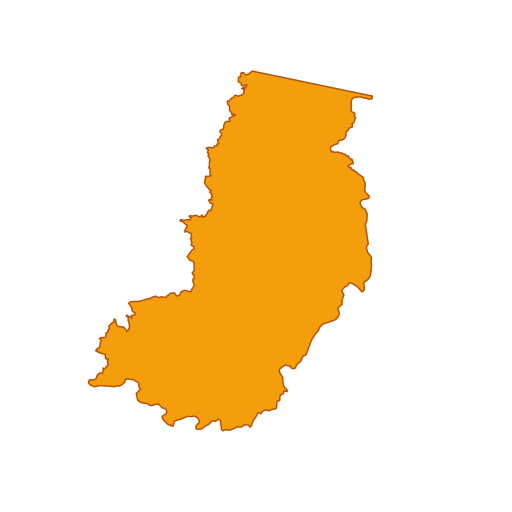 the district of Yavaraté (Cor. Departamental), Vaupés, Colombia, rotated 122°
{"feature_id": "7082276B57930571389360", "entity_name": "Yavaraté (Cor. Departamental)", "entity_type": "district", "adm_level": 2, "iso_a3": "COL", "parent_name": "Colombia", "parent_adm1": "Vaupés", "projection": "mercator", "projection_center": [-69.777, 0.831], "detail": "fine", "context": "isolated", "style": "filled", "palette": "amber", "viewbox_px": 512, "rotation_deg": 122, "n_neighbors": 0, "source": "geoboundaries", "source_scale": "gbopen_adm2", "svg_char_len": 6149}
<svg xmlns="http://www.w3.org/2000/svg" viewBox="0 0 512 512"><g transform="rotate(122 256 256)"><path d="M101.2,357.2L106.0,358.9L107.9,361.0L107.2,363.4L108.1,365.5L110.7,365.1L112.4,364.0L113.8,365.6L117.6,363.2L117.3,359.8L118.9,359.0L119.1,358.5L118.1,356.6L115.8,355.4L115.7,354.4L117.9,353.9L120.0,356.2L121.4,356.7L121.3,355.2L120.2,355.1L120.3,353.6L122.0,354.1L124.0,352.7L127.3,353.4L127.9,354.5L129.6,355.3L130.8,359.0L132.7,359.0L136.2,360.9L138.3,360.7L139.7,362.2L140.5,362.2L142.7,359.6L142.7,358.0L146.5,355.6L147.7,352.1L148.6,351.8L147.4,349.9L147.3,348.7L147.8,348.1L149.7,350.3L150.6,350.1L152.9,351.7L154.1,351.2L154.9,349.8L156.0,349.8L157.0,351.8L158.9,353.1L161.7,352.7L165.7,350.9L167.8,352.7L169.3,352.8L169.8,352.5L170.3,350.3L172.3,349.1L173.3,349.7L175.5,349.2L177.7,350.1L178.9,349.5L179.7,347.7L181.1,347.4L181.5,348.3L183.3,347.6L184.9,349.6L186.2,349.2L187.3,349.9L188.5,353.2L190.3,355.0L191.1,355.1L191.2,352.7L194.0,352.1L194.2,350.4L196.6,349.8L196.8,348.2L197.6,347.9L198.8,345.8L200.8,345.4L204.5,343.1L206.4,342.8L206.4,341.3L210.8,338.5L211.7,336.8L214.4,339.3L214.6,340.6L215.5,341.0L216.5,339.8L218.5,339.8L219.8,338.8L221.2,338.6L223.5,333.8L223.5,332.6L224.3,331.3L224.3,328.7L225.4,329.2L226.4,329.0L226.7,326.6L227.5,326.6L228.9,324.5L230.8,324.7L232.0,323.3L232.6,324.8L233.7,325.8L235.2,323.5L235.0,319.9L241.4,318.4L242.2,320.1L243.0,319.9L244.1,320.5L245.6,319.7L247.2,320.2L249.6,320.0L250.1,321.5L251.5,321.9L250.0,323.5L252.0,324.1L253.1,325.5L253.2,328.3L254.4,329.9L255.5,330.4L256.8,333.2L257.4,333.7L258.1,333.4L257.9,331.7L258.5,330.9L260.6,331.2L261.8,333.8L263.7,335.7L265.1,339.1L265.9,339.3L266.5,338.8L265.7,337.0L266.4,332.7L266.1,331.1L267.5,330.2L272.1,329.9L273.2,329.1L271.7,327.3L271.7,324.6L271.2,322.8L273.6,321.4L274.4,320.2L275.9,320.8L278.2,318.0L280.2,316.7L281.1,317.1L281.1,313.7L282.7,312.2L284.6,313.4L293.0,314.0L294.6,309.8L294.0,307.4L294.2,305.3L300.9,300.7L304.1,301.2L305.0,300.0L305.3,298.2L306.8,297.0L308.2,296.6L308.9,297.2L310.7,296.3L313.9,292.6L318.2,292.9L320.4,292.3L322.1,294.5L321.9,296.1L323.4,298.9L326.6,300.5L329.2,300.0L331.8,301.4L331.5,304.0L330.5,305.2L331.2,306.7L332.9,308.7L335.8,309.5L337.0,310.4L338.5,310.4L339.3,311.2L340.9,315.0L342.2,315.5L343.2,318.1L343.2,319.9L346.0,322.2L348.4,323.5L350.1,325.6L354.7,329.4L357.2,332.2L360.8,337.7L362.6,338.9L363.9,338.7L364.0,337.1L365.0,336.1L365.5,334.4L368.4,331.4L368.5,328.5L369.0,327.8L370.6,327.9L372.6,330.2L374.2,328.7L374.8,331.3L374.5,333.8L375.5,334.3L376.0,331.8L378.6,330.1L380.8,327.4L383.5,325.5L386.3,325.1L388.3,325.6L386.5,329.9L386.7,331.7L388.2,334.0L388.7,336.6L387.4,338.8L384.6,341.3L384.4,342.5L384.9,342.8L388.2,341.8L389.7,342.8L393.6,343.6L394.9,341.8L397.4,342.2L398.0,341.5L399.5,341.3L400.5,342.4L404.2,340.6L405.1,340.9L407.4,344.3L409.1,344.8L408.8,343.1L409.3,342.5L411.3,342.4L415.9,340.4L416.7,340.3L419.0,341.6L421.0,341.8L421.3,341.1L420.5,340.3L421.1,339.9L421.4,338.6L420.6,337.9L420.9,337.2L419.4,331.9L422.6,329.2L422.6,327.5L421.7,327.2L421.7,326.6L424.0,326.4L424.7,325.3L427.4,323.6L428.8,324.3L430.9,324.3L431.8,325.0L432.2,326.2L433.7,325.1L436.8,324.0L438.0,326.5L441.1,327.5L444.0,326.7L445.9,327.1L447.5,328.3L448.7,331.1L449.8,331.6L451.4,331.4L452.6,330.3L453.2,328.1L452.4,323.7L448.3,319.3L441.8,306.7L439.9,305.3L438.8,303.0L436.8,301.8L432.8,300.4L430.0,301.4L429.4,300.4L428.3,300.1L425.7,293.6L425.8,288.3L429.3,285.7L430.3,283.3L435.9,284.7L441.0,280.0L441.2,275.7L440.0,272.3L438.7,270.6L439.0,268.6L438.5,265.7L436.5,263.7L435.3,263.2L433.3,260.1L434.4,255.2L433.5,251.4L434.3,249.9L436.4,248.8L437.6,248.9L441.6,250.5L443.6,249.1L445.6,241.5L444.8,239.3L445.2,238.7L444.4,237.8L444.5,236.4L443.9,236.1L440.3,237.5L438.4,237.1L433.6,232.8L428.2,229.1L426.5,225.6L424.5,223.8L424.1,220.0L425.6,217.1L427.7,215.9L431.0,216.8L432.6,216.7L434.0,215.4L434.1,213.9L431.4,210.4L427.5,209.1L423.0,206.6L420.3,206.3L418.7,205.4L417.7,202.7L414.3,201.5L414.3,199.1L421.4,193.3L421.8,191.5L419.4,189.9L418.6,187.4L416.8,185.3L411.1,181.3L408.3,177.4L406.0,176.7L404.8,175.6L403.5,173.2L404.2,170.3L402.5,169.9L397.2,171.2L393.0,170.8L387.6,171.2L387.2,168.5L383.6,167.8L381.6,166.2L380.9,165.3L380.5,163.1L378.0,161.5L375.0,158.2L373.2,158.5L368.7,160.9L367.4,160.9L366.6,159.7L365.7,159.4L363.4,160.9L361.3,161.5L359.6,161.0L358.2,159.8L355.8,161.0L354.6,158.0L353.8,157.8L353.1,158.7L351.9,163.3L347.4,167.5L344.9,168.9L342.3,174.1L340.7,175.7L339.5,176.0L335.4,174.7L332.9,173.2L331.4,168.7L332.2,166.9L332.0,164.9L331.4,164.0L330.2,163.4L325.8,163.8L321.7,162.3L316.2,163.1L314.1,161.6L312.5,161.3L298.8,164.3L292.0,164.4L286.2,163.6L283.3,164.3L278.3,163.3L269.0,155.6L266.5,154.4L264.0,154.2L261.4,154.6L260.2,155.3L257.1,158.7L255.7,159.1L255.2,158.5L251.3,157.5L247.5,159.8L242.5,160.8L240.1,164.8L238.2,165.0L235.3,164.4L232.7,162.7L229.0,162.6L228.4,161.1L228.2,154.3L230.2,147.2L229.7,146.6L227.3,146.4L225.8,147.1L221.7,150.4L220.1,150.2L217.0,148.7L213.3,148.4L209.8,149.5L202.2,153.4L199.9,155.4L197.4,156.5L195.5,158.2L193.6,163.6L191.6,165.4L190.7,166.8L187.9,167.4L186.4,167.1L170.9,180.3L167.9,180.5L161.2,184.1L158.3,188.7L158.7,191.9L155.7,196.2L152.4,196.0L148.2,191.7L147.0,191.1L145.8,191.2L145.1,192.2L144.3,196.1L142.7,198.7L137.0,201.4L135.4,203.2L134.7,205.0L132.4,206.5L132.3,213.3L131.5,215.1L132.0,216.3L131.5,217.4L132.1,218.0L131.3,219.3L131.9,221.6L130.6,222.5L131.5,223.7L131.1,225.3L130.4,225.7L126.9,223.7L126.3,222.5L125.5,222.9L125.2,223.8L124.3,224.1L123.8,225.9L123.2,225.8L123.9,228.6L122.7,229.7L122.3,231.0L123.0,232.5L122.5,234.1L123.4,236.2L123.1,237.9L123.7,238.4L124.6,240.7L124.2,241.4L126.3,243.9L126.4,245.6L127.4,246.4L127.2,247.8L125.2,250.0L124.2,250.4L122.4,249.8L119.0,247.7L118.0,246.6L116.3,246.3L114.3,247.1L111.6,244.2L109.5,243.2L107.8,243.2L102.8,245.3L100.6,244.4L98.6,245.0L95.4,242.6L92.8,244.7L91.3,243.8L88.9,244.1L88.1,244.6L86.2,244.6L85.0,246.8L82.6,247.8L82.9,251.1L81.7,252.9L78.1,254.6L75.1,257.0L71.5,257.8L68.9,256.2L65.6,251.6L64.6,247.6L63.5,245.5L63.5,244.2L62.1,241.9L61.0,241.0L58.8,242.2L101.2,357.2Z" fill="#f59e0b" stroke="#b45309" stroke-width="1.5"/></g></svg>